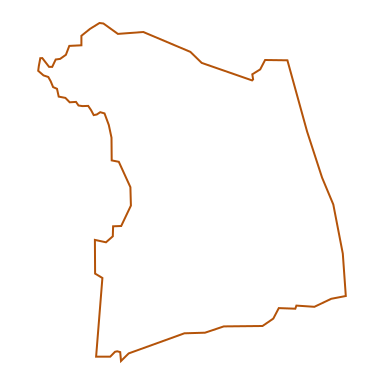 the district of Tarariras, Colonia, Uruguay
{"feature_id": "84410073B21543220364464", "entity_name": "Tarariras", "entity_type": "district", "adm_level": 2, "iso_a3": "URY", "parent_name": "Uruguay", "parent_adm1": "Colonia", "projection": "robinson", "projection_center": [-57.64, -34.265], "detail": "fine", "context": "isolated", "style": "outline", "palette": "amber", "viewbox_px": 384, "rotation_deg": 0, "n_neighbors": 0, "source": "geoboundaries", "source_scale": "gbopen_adm2", "svg_char_len": 1009}
<svg xmlns="http://www.w3.org/2000/svg" viewBox="0 0 384 384"><path d="M38.2,70.8L43.5,75.4L48.3,77.0L50.7,81.3L53.1,87.1L57.0,88.8L58.7,96.6L65.4,97.9L69.7,102.3L76.0,101.9L78.5,105.5L82.4,106.1L88.2,105.9L91.1,110.2L93.7,115.1L96.8,114.5L100.2,112.2L104.5,113.4L108.8,125.0L111.5,137.7L111.7,160.4L118.8,161.8L130.4,187.2L130.9,205.6L121.2,226.0L113.1,226.3L112.8,236.3L106.0,242.3L94.9,239.9L95.1,273.6L102.4,278.0L96.1,356.7L110.2,356.7L115.0,351.8L117.2,351.3L120.2,352.1L121.0,361.0L128.7,353.4L184.4,333.3L205.0,332.7L223.8,326.4L262.5,326.0L273.3,318.6L278.8,308.1L295.3,308.7L296.4,305.6L314.4,306.8L331.2,298.8L345.8,296.0L342.8,253.6L333.3,204.5L322.1,177.7L320.6,173.1L307.1,131.6L287.4,60.3L265.1,60.0L260.2,69.4L252.3,74.3L253.1,79.4L252.1,80.4L201.7,62.9L190.4,51.9L143.3,32.0L117.9,33.9L103.4,23.5L99.5,23.0L90.1,28.8L81.4,35.8L81.4,45.3L69.3,45.9L65.9,54.8L60.1,58.9L55.7,59.5L52.2,66.9L49.1,66.9L42.3,58.1L40.3,58.2L38.8,66.2L38.2,70.8Z" fill="none" stroke="#b45309" stroke-width="2"/></svg>